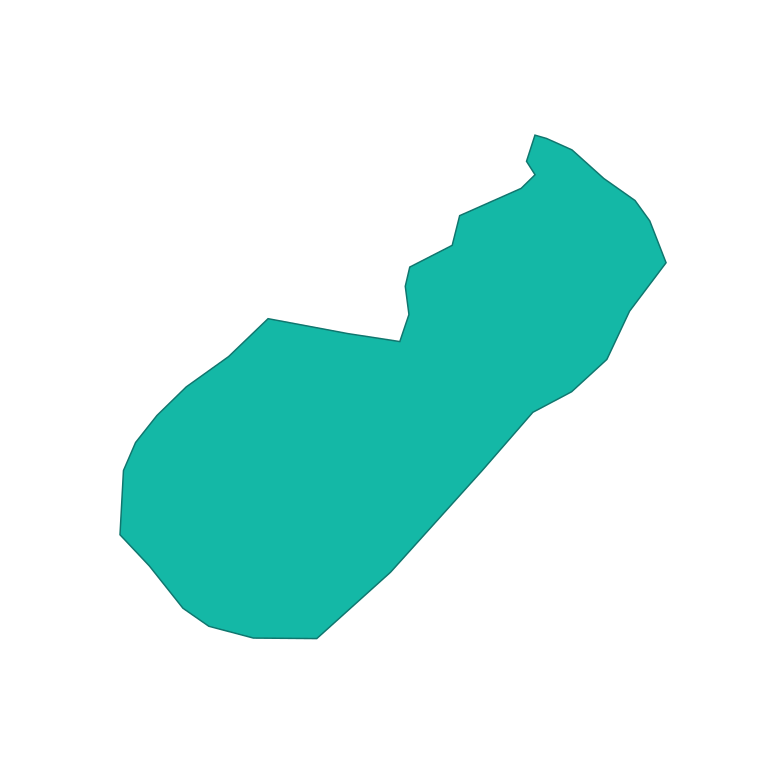 the district of Bangu, Bas-Congo, Democratic Republic of the Congo, rotated 217°
{"feature_id": "63176286B31425721317411", "entity_name": "Bangu", "entity_type": "district", "adm_level": 2, "iso_a3": "COD", "parent_name": "Democratic Republic of the Congo", "parent_adm1": "Bas-Congo", "projection": "robinson", "projection_center": [14.457, -5.558], "detail": "fine", "context": "isolated", "style": "filled", "palette": "teal", "viewbox_px": 768, "rotation_deg": 217, "n_neighbors": 0, "source": "geoboundaries", "source_scale": "gbopen_adm2", "svg_char_len": 612}
<svg xmlns="http://www.w3.org/2000/svg" viewBox="0 0 768 768"><g transform="rotate(217 384 384)"><path d="M504.1,104.7L462.0,97.5L409.6,83.9L378.0,85.1L335.4,102.5L284.5,140.2L265.5,237.7L253.5,374.1L248.1,451.0L229.5,490.7L220.8,537.8L231.7,589.9L231.7,650.6L269.9,674.2L293.9,681.6L332.1,680.4L374.7,684.1L402.0,677.9L413.2,673.6L404.2,647.6L389.3,642.0L392.2,622.8L424.9,564.0L413.0,535.8L433.8,492.9L425.8,474.8L424.6,473.6L405.9,454.5L396.9,427.4L443.4,402.4L515.9,366.4L524.6,312.4L540.2,262.7L546.4,222.2L547.2,187.8L540.0,158.1L504.1,104.7Z" fill="#14b8a6" stroke="#0f766e" stroke-width="1.5"/></g></svg>